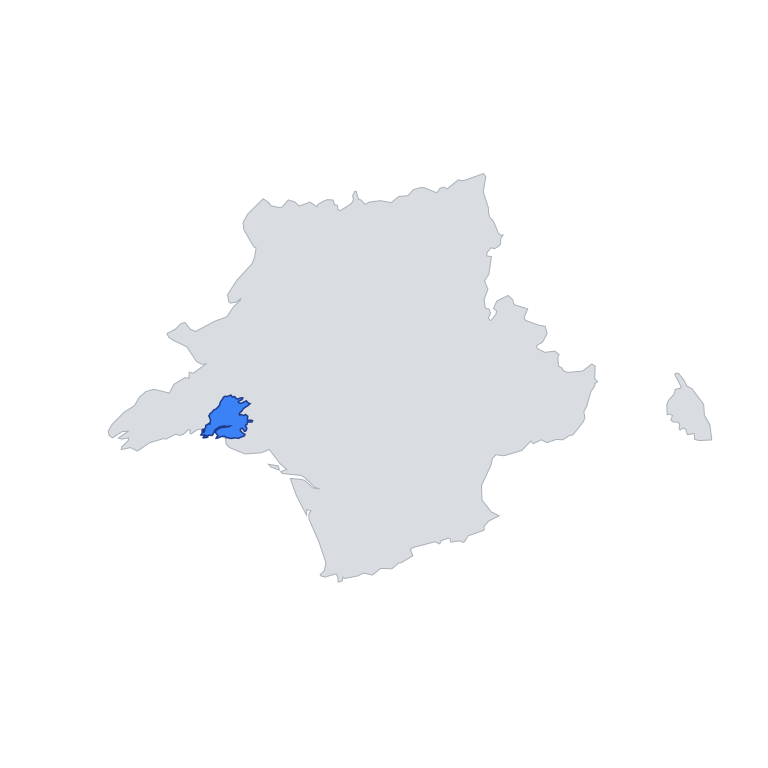 France, with Loire-Atlantique highlighted, rotated 328°
{"feature_id": "FRA-5316", "entity_name": "Loire-Atlantique", "entity_type": "Metropolitan department", "adm_level": 1, "iso_a3": "FRA", "parent_name": "France", "parent_adm1": "", "projection": "natural_earth1", "projection_center": [-1.707, 47.343], "detail": "fine", "context": "in_parent", "style": "filled", "palette": "blue", "viewbox_px": 768, "rotation_deg": 328, "n_neighbors": 0, "source": "natural_earth", "source_scale": "10m", "svg_char_len": 7363}
<svg xmlns="http://www.w3.org/2000/svg" viewBox="0 0 768 768"><g transform="rotate(328 384 384)"><path d="M564.0,320.7L559.8,322.7L557.3,326.9L554.6,327.9L549.6,327.9L547.1,325.3L541.2,327.0L538.9,329.7L542.6,332.9L531.2,346.4L523.8,349.9L522.4,358.7L513.7,365.3L510.6,372.2L510.4,373.6L512.7,375.9L511.9,380.4L507.5,383.3L507.6,386.2L508.9,386.6L515.7,384.3L518.3,381.6L516.8,378.0L523.6,373.5L536.1,374.6L537.8,380.6L536.3,385.6L545.7,396.5L538.1,401.6L537.7,404.9L546.1,415.9L551.3,420.5L548.9,427.8L540.5,432.6L535.1,432.2L532.8,433.4L533.1,435.7L537.1,442.4L546.4,446.7L548.0,451.8L545.5,453.6L541.5,461.2L543.5,465.0L542.9,466.7L543.9,469.2L546.4,471.8L559.4,478.3L570.9,477.1L572.5,480.8L565.7,490.8L566.3,495.3L562.7,495.4L562.2,497.0L555.2,500.3L544.0,510.4L538.7,513.4L536.7,518.6L533.6,521.4L517.2,527.3L514.1,526.0L506.0,526.1L500.9,522.4L491.2,520.1L487.9,514.7L478.9,513.7L478.3,510.2L465.7,513.4L447.8,508.5L441.5,503.3L436.3,504.7L431.9,509.4L412.9,521.7L405.6,534.5L407.3,549.4L411.9,556.8L400.2,555.7L393.3,557.8L391.5,561.0L374.9,557.3L368.8,560.4L367.1,560.2L364.9,557.0L356.8,553.5L358.0,551.0L356.9,548.8L349.2,547.1L346.6,549.2L343.6,544.8L322.2,538.1L318.7,538.2L317.4,544.9L303.7,544.7L301.7,543.5L292.8,544.9L283.4,538.6L272.9,539.9L266.4,533.4L260.2,532.9L251.4,529.6L247.4,527.9L246.8,526.0L244.3,528.9L241.0,528.2L240.2,527.3L242.4,523.7L242.8,519.6L231.8,516.5L228.9,513.5L228.8,511.9L234.7,510.5L240.1,504.7L245.1,483.7L248.7,459.0L251.4,454.3L254.8,453.0L252.0,449.6L248.7,454.1L250.7,431.4L254.5,414.5L263.7,421.4L265.9,424.4L268.7,434.5L273.8,438.8L270.5,434.7L267.1,421.2L265.0,417.4L250.4,406.1L249.9,403.6L256.3,404.9L253.6,396.5L252.1,378.9L243.3,377.2L229.1,369.7L219.4,356.2L218.3,351.2L220.8,345.9L218.6,342.5L214.5,340.2L217.7,335.6L220.5,335.2L230.7,337.8L222.4,333.5L208.9,334.9L203.6,333.4L202.6,330.3L206.3,326.2L201.8,323.7L194.1,324.2L193.2,323.2L195.4,320.3L193.5,319.2L187.2,320.3L183.7,319.4L180.3,316.0L170.2,315.3L167.9,313.4L154.0,309.6L139.3,310.2L135.3,303.6L126.4,300.4L128.2,298.3L137.1,296.4L138.9,294.5L132.4,291.8L130.2,289.1L142.1,288.5L136.7,285.6L125.2,285.8L123.7,281.8L125.2,277.8L132.0,274.2L148.7,270.2L160.9,270.1L169.6,265.5L178.1,264.2L186.1,266.5L197.1,277.9L205.8,272.9L218.8,273.1L221.5,275.9L225.0,270.7L227.8,273.7L243.7,272.7L240.0,270.7L237.0,265.8L236.4,247.9L228.2,235.0L226.2,230.2L226.7,226.2L236.2,227.0L244.0,225.2L247.8,226.4L248.7,234.7L252.0,239.6L273.8,241.1L286.4,243.7L297.0,238.9L306.8,236.8L307.6,235.7L301.9,236.2L296.7,234.1L296.0,231.9L298.6,225.4L313.7,218.2L335.7,212.1L341.3,208.1L347.7,200.7L346.3,198.9L346.9,178.9L350.1,172.4L358.4,167.7L379.7,162.9L382.5,169.3L382.4,172.8L388.2,178.4L391.0,180.1L400.3,177.1L404.9,182.3L406.4,188.2L417.7,190.6L421.2,198.3L423.2,196.6L430.3,197.0L433.6,197.6L438.3,201.0L437.0,205.6L439.1,207.8L437.3,212.0L438.7,213.8L451.7,213.8L455.5,211.9L457.2,207.7L461.0,205.2L462.5,205.9L460.3,213.9L462.1,215.9L463.2,221.6L468.1,222.0L477.9,226.5L486.1,234.0L496.1,232.8L504.0,237.0L512.1,234.8L519.8,237.1L522.5,239.3L530.0,249.8L535.4,247.7L539.4,248.9L540.7,252.0L555.3,250.2L558.0,253.1L561.1,254.2L579.8,258.2L580.2,262.2L570.0,273.5L566.0,289.5L563.0,295.1L562.0,299.3L563.0,302.1L562.7,306.5L560.8,317.0L562.2,320.0L564.0,320.7ZM640.4,539.6L639.8,546.3L642.6,551.2L644.3,570.7L639.2,580.1L638.7,591.5L632.3,605.1L621.4,599.0L618.1,595.7L620.8,590.5L614.5,587.7L615.8,582.7L615.0,580.1L610.7,579.9L610.4,578.6L613.4,574.7L613.3,572.3L609.0,569.3L608.1,566.6L612.0,563.6L610.1,560.8L607.8,560.2L612.9,551.3L616.5,548.7L624.8,546.2L628.1,542.9L633.6,544.7L634.5,543.8L635.7,529.8L637.6,529.6L639.5,531.5L640.4,539.6ZM251.0,397.5L249.7,401.5L244.1,394.6L243.4,390.8L251.0,397.5Z" fill="#d9dde1" stroke="#a8b0b8" stroke-width="1"/><path d="M221.8,346.0L221.8,345.2L221.4,344.4L221.0,343.9L220.4,343.4L218.3,342.3L214.2,341.7L212.9,341.1L213.4,340.8L213.8,340.5L214.2,340.3L215.4,340.1L215.6,340.0L215.7,339.6L215.8,338.9L215.9,338.3L215.5,337.6L215.4,336.9L215.4,336.4L215.6,335.8L215.8,335.3L216.1,334.9L217.0,334.6L220.3,334.3L220.5,334.1L221.0,333.9L221.3,334.3L221.6,334.5L223.4,334.9L223.9,334.9L223.7,334.6L224.1,334.6L224.5,334.7L224.8,334.9L225.2,335.2L224.4,335.2L224.4,335.5L225.9,336.4L227.4,336.7L227.7,336.9L228.5,337.6L229.3,338.0L231.3,338.0L230.6,337.6L229.1,337.3L228.5,336.9L227.4,335.8L226.1,334.9L224.9,334.2L224.2,334.0L223.3,333.9L223.0,333.8L222.5,333.4L221.2,333.1L216.3,333.4L215.1,333.9L214.9,334.3L214.7,334.6L214.5,334.9L214.2,335.2L213.1,335.4L212.3,336.2L211.6,336.4L210.9,336.4L210.3,336.2L209.7,335.7L208.9,334.9L208.3,334.6L207.7,334.5L207.4,334.5L207.1,334.6L206.8,334.8L206.7,335.1L206.6,335.4L206.6,335.5L205.5,335.5L202.2,333.9L202.2,333.6L203.0,333.7L204.5,334.4L205.4,334.3L206.0,333.6L205.6,333.0L204.9,332.4L204.4,331.8L204.1,331.9L204.0,332.0L203.9,332.1L204.1,332.4L204.1,332.6L203.9,333.0L203.6,333.0L203.6,331.7L203.2,331.0L201.7,330.2L204.5,328.7L204.9,328.7L205.3,328.9L205.9,329.0L205.6,329.3L205.9,329.6L206.2,329.2L207.5,328.6L207.6,328.3L207.0,328.2L206.1,328.2L205.6,328.0L205.9,327.4L205.3,327.0L205.1,327.0L205.4,326.6L205.7,326.5L206.1,326.4L206.5,326.6L206.8,326.8L207.1,326.9L207.5,326.9L208.2,326.8L208.5,326.7L208.8,326.8L209.2,326.7L209.6,326.5L210.1,325.9L210.4,325.5L210.6,325.1L210.7,324.9L210.8,324.8L210.9,324.7L211.1,324.6L211.5,324.6L211.8,324.7L211.9,324.8L212.0,324.8L212.2,325.0L212.5,325.1L212.9,325.0L213.4,324.9L214.0,324.5L214.3,324.6L214.5,324.7L214.5,324.8L214.4,325.1L214.5,325.3L214.7,325.6L214.9,325.7L215.2,325.7L215.4,325.5L215.6,325.1L215.8,324.6L216.0,324.3L216.4,324.0L216.8,323.9L217.3,323.5L217.6,323.0L218.1,321.0L218.3,320.4L218.4,320.2L218.5,320.0L218.4,319.8L218.5,319.6L218.5,319.4L218.5,319.0L218.4,318.9L218.7,318.1L219.8,317.6L220.3,317.2L220.5,317.1L221.8,316.9L223.0,316.9L223.8,316.5L226.3,315.7L227.4,316.1L228.1,316.2L228.5,316.2L232.8,315.0L233.7,314.5L234.3,314.0L234.5,313.7L234.8,313.4L235.0,313.1L235.3,312.9L236.1,312.4L239.8,310.9L240.3,310.4L240.7,310.2L241.8,310.1L242.6,310.2L242.9,310.3L243.3,310.5L243.5,310.9L243.7,311.2L244.2,311.5L244.6,311.6L248.2,312.2L248.4,312.8L248.3,314.3L248.6,314.8L248.8,314.9L249.6,314.9L250.2,315.2L250.5,315.5L250.8,315.8L250.9,316.5L250.9,317.8L251.1,318.5L251.5,318.9L256.1,320.3L256.9,320.9L256.0,321.7L255.1,322.0L251.4,321.6L250.8,322.0L251.0,323.0L251.7,324.1L252.6,324.7L258.4,325.3L258.4,326.4L258.8,327.7L259.3,328.9L259.9,329.7L259.7,329.7L259.5,329.8L259.4,329.8L259.2,329.8L258.9,329.9L258.7,329.9L258.4,330.0L258.2,330.0L257.9,330.0L257.7,330.1L257.4,330.1L257.2,330.2L252.6,330.3L251.3,330.5L249.2,331.6L248.5,331.8L247.0,331.9L246.4,332.1L246.2,332.2L246.1,332.3L245.9,332.4L245.8,332.5L245.7,332.5L245.4,332.7L245.4,332.8L245.1,333.9L246.5,334.1L248.3,336.4L249.2,336.5L250.2,336.3L250.7,337.1L250.9,338.2L251.4,339.1L249.4,341.6L249.0,342.6L251.5,343.8L252.6,344.7L253.0,345.7L251.9,346.2L249.0,344.5L247.6,344.1L246.8,345.1L246.3,345.8L245.0,345.5L244.3,345.9L244.1,346.5L244.3,348.2L244.2,348.8L244.0,349.2L243.7,349.5L242.1,350.5L241.4,350.6L240.8,350.3L240.5,349.6L240.5,347.1L240.3,346.4L239.9,346.0L239.4,346.0L237.7,346.7L237.5,347.9L238.0,350.0L238.8,352.1L239.4,352.9L239.2,353.0L238.7,353.6L237.6,354.0L234.0,353.1L232.1,353.1L231.5,352.8L229.7,351.0L225.9,349.4L224.8,348.6L222.6,346.4L221.8,346.0Z" fill="#3b82f6" stroke="#1e3a8a" stroke-width="1.5"/></g></svg>